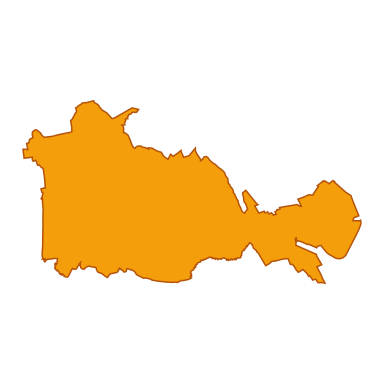 Margineni, Bacau, Romania
{"feature_id": "2599482B26421783388183", "entity_name": "Margineni", "entity_type": "district", "adm_level": 2, "iso_a3": "ROU", "parent_name": "Romania", "parent_adm1": "Bacau", "projection": "natural_earth1", "projection_center": [26.8, 46.608], "detail": "fine", "context": "isolated", "style": "filled", "palette": "amber", "viewbox_px": 384, "rotation_deg": 0, "n_neighbors": 0, "source": "geoboundaries", "source_scale": "gbopen_adm2", "svg_char_len": 5965}
<svg xmlns="http://www.w3.org/2000/svg" viewBox="0 0 384 384"><path d="M188.6,279.4L191.2,278.1L190.3,277.3L190.5,276.2L191.6,276.4L191.3,275.2L191.5,273.9L190.7,273.8L190.5,273.3L190.9,272.5L190.7,271.4L191.3,270.8L193.1,270.2L194.1,268.8L193.9,267.9L194.1,267.6L195.4,267.5L195.7,267.0L195.3,266.3L195.9,265.7L195.4,265.2L197.2,264.1L197.1,263.3L198.2,262.6L200.6,261.9L200.5,261.2L200.7,260.3L201.2,260.1L202.0,260.5L203.1,259.7L203.7,260.2L204.6,259.2L206.1,259.1L206.6,258.3L207.9,258.1L209.5,257.1L210.6,257.5L211.7,257.5L212.3,258.5L213.2,257.8L214.2,258.7L215.1,258.2L215.5,259.2L216.4,258.5L217.1,258.5L217.8,259.6L219.7,258.7L220.4,259.1L221.0,258.7L221.6,259.1L223.0,257.9L223.6,257.8L224.4,257.9L225.9,259.1L226.6,259.1L226.7,260.1L227.7,259.8L228.2,260.5L228.8,260.2L228.1,259.7L228.6,259.2L228.8,259.5L230.3,259.9L231.1,259.0L231.6,259.7L232.4,259.9L232.8,259.3L234.3,259.6L234.7,258.8L235.2,258.7L235.6,259.6L236.1,259.6L236.4,259.3L236.2,258.6L237.6,257.8L237.9,257.7L238.4,258.1L240.6,257.6L240.8,257.3L240.7,256.3L241.6,255.3L241.7,253.5L242.2,251.7L243.3,250.4L244.2,250.3L244.3,249.2L245.5,248.6L246.0,247.0L246.8,246.7L246.8,246.2L247.3,246.2L247.1,245.7L247.8,245.3L249.8,242.7L252.3,244.7L252.3,245.7L252.8,246.2L253.5,248.1L255.4,249.8L255.9,249.8L256.9,252.0L257.6,252.0L265.7,265.7L269.1,263.8L272.2,261.2L274.7,261.2L282.1,259.2L286.9,258.6L288.2,258.8L290.0,263.7L290.5,264.5L292.4,264.3L294.5,266.9L296.2,269.9L298.4,272.3L303.0,269.5L307.0,273.5L308.7,276.3L309.6,275.8L312.1,278.9L312.5,280.0L315.8,279.3L318.0,282.7L322.2,282.6L324.9,283.2L324.4,281.9L322.6,278.7L320.9,274.5L316.9,266.8L321.8,264.7L316.8,256.3L316.6,255.7L316.5,254.4L295.9,245.3L296.0,241.7L295.3,239.4L296.1,237.8L296.4,237.9L296.2,240.0L296.8,241.5L298.0,240.6L299.4,241.3L300.3,241.3L307.5,244.5L308.5,244.2L309.2,244.5L316.7,247.8L317.5,246.3L320.8,245.4L326.1,252.0L328.4,254.0L335.7,258.2L338.3,258.7L340.8,258.5L343.3,257.6L345.7,255.4L356.5,234.4L359.2,228.7L361.0,223.8L360.7,220.5L360.6,220.2L359.6,220.8L353.0,220.7L353.4,218.9L354.2,217.6L358.8,215.8L352.6,200.4L350.9,195.5L345.7,192.2L334.1,181.9L334.5,181.5L332.9,180.6L328.9,183.8L328.3,183.1L324.9,180.9L324.1,181.5L323.4,180.8L317.3,185.7L318.3,186.6L313.5,193.6L312.9,195.1L308.6,194.8L303.7,197.1L297.9,199.2L301.4,206.4L300.3,206.4L297.4,204.7L296.7,204.6L279.6,207.5L280.2,208.8L278.9,209.4L276.9,209.7L276.8,210.7L274.9,211.9L276.1,214.4L273.4,215.1L273.2,214.4L271.3,212.8L269.0,214.0L267.7,211.9L265.0,212.9L264.1,211.2L259.0,213.1L254.7,205.9L258.0,204.7L256.5,203.5L245.8,190.3L242.8,192.7L242.7,194.2L243.6,197.5L243.8,200.2L244.4,202.4L245.4,203.2L247.5,208.6L247.2,209.3L247.3,209.5L246.3,210.5L244.7,213.1L243.7,212.6L242.5,211.8L241.7,210.6L240.6,207.8L238.8,204.3L238.0,200.5L236.9,199.3L236.2,197.4L235.5,196.4L234.8,194.3L233.5,192.9L233.3,191.0L232.8,189.5L230.1,185.9L229.8,184.8L228.3,183.2L227.8,178.8L225.5,175.4L224.5,172.5L221.5,169.5L218.7,167.7L215.6,164.7L212.1,162.4L209.5,160.0L207.8,157.5L206.0,156.4L203.7,157.2L202.6,159.3L200.9,160.8L200.3,160.1L200.7,159.4L196.6,153.6L196.4,152.6L195.5,151.4L195.3,148.2L189.1,155.7L183.7,157.3L181.1,151.7L181.0,150.4L177.8,153.1L173.2,156.3L170.6,154.2L168.0,159.3L163.7,156.3L161.3,152.3L156.8,150.9L151.9,148.1L148.4,147.8L148.6,149.1L145.1,147.5L142.6,147.3L141.2,146.1L140.0,146.0L137.6,146.1L135.7,147.4L135.2,148.3L133.7,147.7L132.2,145.6L129.8,139.0L129.0,137.5L128.2,135.4L125.5,133.1L123.6,132.7L123.6,127.8L122.9,126.1L121.9,125.2L124.8,124.8L124.6,124.5L124.7,122.6L125.8,120.1L125.4,119.0L125.7,118.7L127.8,118.7L127.6,116.8L128.3,115.9L128.6,114.6L129.4,114.5L131.2,113.7L132.9,112.0L133.6,112.0L134.7,112.5L136.4,112.2L137.3,111.7L137.3,111.0L138.0,110.5L138.1,109.6L138.4,109.4L132.1,107.9L115.0,117.7L113.5,118.4L111.8,118.4L106.9,113.0L102.1,110.0L99.4,107.0L98.8,105.5L97.2,104.1L94.8,103.0L94.1,102.1L93.7,100.8L86.4,102.6L82.1,103.0L81.6,103.9L78.2,105.9L77.3,107.0L75.6,107.9L76.4,109.9L76.3,112.1L74.9,113.8L73.7,116.6L73.0,117.6L72.2,119.2L70.6,120.7L71.7,127.0L71.8,131.7L69.9,132.4L58.8,134.6L52.6,136.3L44.4,137.3L42.1,135.6L40.5,133.0L37.6,130.6L36.8,130.0L35.6,129.8L34.5,130.2L32.5,132.0L32.3,133.4L32.4,135.5L32.8,136.7L32.7,138.0L31.1,138.4L29.5,139.6L29.0,142.1L28.4,143.1L26.6,143.4L27.8,149.7L26.4,149.3L23.0,149.3L24.1,158.2L32.4,157.2L32.3,159.9L33.2,161.3L35.6,160.2L36.9,162.9L37.5,165.1L39.3,165.0L40.8,166.9L43.2,168.6L44.5,177.8L45.1,185.5L45.4,187.0L45.2,188.0L44.2,187.8L43.5,188.3L41.0,188.8L41.8,192.2L42.9,192.5L42.7,194.8L42.1,196.3L42.2,197.0L41.1,198.6L41.4,199.1L42.4,198.3L42.5,198.7L42.5,202.2L43.2,209.9L42.9,214.5L43.1,215.8L42.9,219.1L43.0,227.3L42.8,231.3L43.2,232.0L42.8,233.1L42.7,245.0L42.1,254.5L42.6,257.8L42.9,258.1L42.3,259.1L44.9,259.1L43.9,260.6L44.6,261.8L45.2,261.5L46.4,259.7L47.1,259.7L47.7,259.2L50.0,259.1L53.5,258.6L53.9,258.3L57.6,258.7L57.0,261.8L57.0,263.5L56.1,264.7L56.0,263.9L55.4,263.2L55.0,263.7L54.9,263.9L55.3,264.2L55.0,264.8L55.2,265.3L55.0,267.2L55.3,267.4L54.9,267.7L54.8,268.4L56.9,270.7L57.7,270.2L58.4,271.7L59.2,272.0L59.2,273.1L60.3,274.3L61.1,274.5L61.2,274.3L60.9,273.9L61.0,273.7L61.8,273.7L61.4,274.7L61.6,275.0L62.3,275.0L62.5,274.6L63.4,274.7L64.2,275.6L64.1,276.4L66.9,277.1L67.9,276.9L68.7,275.7L71.3,270.4L72.6,268.5L73.0,268.9L73.9,269.2L75.9,269.2L77.1,267.9L77.5,266.6L78.9,265.2L79.4,263.7L80.4,262.6L80.1,264.2L80.4,264.8L80.2,265.7L81.0,267.9L81.9,268.7L83.7,269.2L84.6,269.0L85.7,267.4L88.7,266.1L92.3,267.0L94.9,267.2L96.2,267.9L96.4,269.4L96.9,270.6L98.1,272.3L101.6,273.4L105.4,276.4L107.4,277.5L110.0,274.0L116.9,272.4L118.0,271.6L118.1,270.1L119.1,269.6L119.4,268.2L120.3,268.5L120.7,269.4L122.1,270.1L124.2,272.1L125.3,271.9L126.2,271.2L126.8,268.7L128.0,268.7L130.8,269.9L132.8,270.2L135.0,272.1L136.6,274.7L143.5,278.2L145.9,278.0L150.6,279.1L152.0,280.1L157.7,281.1L166.8,282.1L172.2,282.4L175.5,282.1L177.4,282.5L181.3,280.5L183.1,280.6L188.6,279.4Z" fill="#f59e0b" stroke="#b45309" stroke-width="1.5"/></svg>